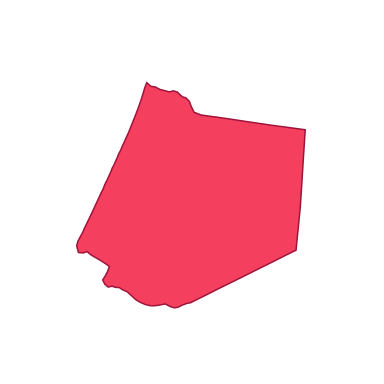 Carapebus, Rio de Janeiro, Brazil, rotated 139°
{"feature_id": "56859067B72650257323744", "entity_name": "Carapebus", "entity_type": "district", "adm_level": 2, "iso_a3": "BRA", "parent_name": "Brazil", "parent_adm1": "Rio de Janeiro", "projection": "mercator", "projection_center": [-41.619, -22.204], "detail": "fine", "context": "isolated", "style": "filled", "palette": "rose", "viewbox_px": 384, "rotation_deg": 139, "n_neighbors": 0, "source": "geoboundaries", "source_scale": "gbopen_adm2", "svg_char_len": 1422}
<svg xmlns="http://www.w3.org/2000/svg" viewBox="0 0 384 384"><g transform="rotate(139 192 192)"><path d="M314.3,227.1L317.4,220.8L314.0,217.3L310.3,215.9L309.6,211.2L308.1,206.5L306.2,201.2L304.2,194.3L303.3,189.9L307.7,187.5L313.3,185.3L317.1,184.2L318.3,179.5L317.6,175.2L314.2,173.4L312.3,170.2L309.6,167.6L308.6,163.8L306.4,159.4L305.8,153.9L305.0,147.3L303.4,142.6L301.1,137.8L297.7,133.1L295.3,131.0L291.4,128.4L285.7,125.1L283.5,119.7L281.3,116.1L278.2,114.2L273.5,113.0L268.5,111.1L265.7,109.3L262.6,108.6L256.9,107.1L245.7,104.2L236.1,101.8L209.5,94.8L190.5,89.9L176.4,86.2L166.0,83.6L162.1,82.6L151.7,79.8L119.8,109.9L103.8,126.1L85.9,144.3L65.7,164.7L88.5,190.6L104.8,209.6L118.1,225.2L134.5,244.0L138.1,250.8L136.4,257.2L134.5,262.2L134.9,267.2L136.8,270.1L137.2,273.6L137.5,277.1L139.6,280.5L143.5,282.5L145.7,285.8L148.9,290.4L150.8,295.4L153.7,298.7L154.4,304.2L159.7,301.4L163.1,299.2L166.5,297.1L169.9,295.0L173.0,293.2L176.4,291.3L179.3,289.7L183.0,287.7L187.1,285.6L192.4,282.9L196.8,280.6L201.1,278.4L206.5,276.0L210.7,274.0L214.7,272.2L218.8,270.2L222.7,268.7L225.7,267.1L229.0,265.6L233.0,263.7L236.5,262.4L240.3,260.4L244.6,258.4L248.3,256.7L253.0,254.8L257.3,252.5L261.8,250.7L265.3,249.1L269.3,247.3L275.0,244.8L279.3,242.8L282.3,241.5L286.8,239.5L290.7,237.9L294.3,236.3L297.8,234.8L301.1,233.2L305.5,231.6L310.6,229.6L314.3,227.1Z" fill="#f43f5e" stroke="#9f1239" stroke-width="1.5"/></g></svg>